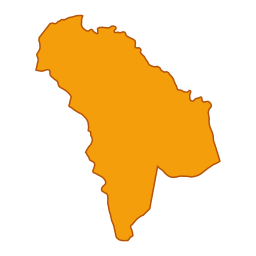 outline of La Fille, Micoud, Saint Lucia
{"feature_id": "8701671B6329691357439", "entity_name": "La Fille", "entity_type": "district", "adm_level": 2, "iso_a3": "LCA", "parent_name": "Saint Lucia", "parent_adm1": "Micoud", "projection": "mercator", "projection_center": [-60.934, 13.835], "detail": "fine", "context": "isolated", "style": "filled", "palette": "amber", "viewbox_px": 256, "rotation_deg": 0, "n_neighbors": 0, "source": "geoboundaries", "source_scale": "gbopen_adm2", "svg_char_len": 5665}
<svg xmlns="http://www.w3.org/2000/svg" viewBox="0 0 256 256"><path d="M88.2,130.6L90.7,132.1L90.7,135.2L91.8,137.3L92.4,139.7L92.2,140.9L91.1,143.9L90.2,145.2L88.7,146.8L87.9,148.2L86.4,150.6L85.6,152.5L86.6,153.5L87.5,155.6L88.5,156.7L89.1,158.1L89.3,158.9L89.9,160.1L90.2,160.4L92.2,161.3L92.9,161.7L93.5,162.1L93.8,162.4L94.2,162.9L94.4,163.4L94.6,163.9L94.7,164.4L94.7,165.3L94.5,166.1L94.2,166.9L93.8,168.5L92.9,170.6L92.9,171.1L93.0,171.9L93.2,172.3L93.6,172.7L94.9,173.1L97.0,174.1L97.7,174.6L101.4,176.6L102.4,177.2L103.1,177.8L104.0,178.8L104.4,179.3L105.2,180.5L105.4,181.1L105.6,181.7L105.7,182.6L105.6,183.0L105.5,183.7L105.3,184.2L104.7,184.8L103.9,185.5L103.1,186.2L102.4,187.1L102.0,187.8L101.7,188.2L101.6,188.6L101.5,189.6L101.6,190.2L101.8,190.7L102.0,191.0L102.6,191.4L103.3,191.8L104.7,192.7L105.4,193.0L106.7,193.8L107.1,194.2L107.3,194.6L107.5,195.0L107.8,196.9L107.9,197.7L107.9,200.9L107.7,202.5L107.8,203.3L108.6,207.1L109.0,209.8L109.6,212.1L109.8,212.5L110.0,213.2L110.2,213.7L110.6,215.3L110.8,216.6L111.4,218.9L111.5,219.8L111.6,220.3L111.8,220.8L112.5,222.3L113.0,223.6L113.9,226.3L115.0,231.4L115.5,233.4L115.6,234.3L116.2,236.7L116.5,237.4L117.1,238.1L118.5,239.3L119.3,239.8L121.8,240.5L122.9,240.6L124.0,240.6L126.0,240.6L126.8,240.5L127.6,240.6L128.4,240.0L129.0,239.3L129.6,238.4L130.1,237.4L132.8,235.8L132.8,235.5L132.6,233.1L132.2,231.3L131.0,228.2L130.5,226.3L131.0,225.3L132.5,224.3L135.6,220.4L138.4,217.8L141.1,216.0L143.2,215.2L143.8,214.6L146.0,212.4L149.7,208.8L157.7,165.7L157.9,166.6L159.1,167.9L161.8,169.8L163.7,171.5L165.1,173.3L167.5,175.3L169.2,176.4L171.6,177.2L173.2,177.3L176.1,177.1L179.2,176.3L181.2,176.1L188.2,176.4L191.5,177.0L194.7,176.4L198.0,175.4L201.0,173.7L207.9,168.3L213.4,164.6L217.4,162.8L219.2,161.6L219.9,161.0L215.5,146.6L213.5,140.7L213.4,139.9L213.5,139.3L213.3,138.1L213.2,136.2L213.0,135.2L212.7,133.9L211.6,130.8L210.6,128.5L210.1,127.3L209.9,126.5L209.7,126.2L209.5,125.7L209.5,124.7L209.2,123.4L209.0,121.9L209.0,120.9L209.2,119.2L209.2,118.2L209.0,117.7L208.8,115.9L208.3,113.5L208.3,113.1L208.3,112.3L208.5,111.0L209.4,108.7L210.6,107.5L210.9,107.1L211.3,106.1L211.3,105.4L211.0,104.5L210.7,103.8L210.4,103.3L210.1,102.9L209.7,102.4L209.1,102.0L208.3,101.6L207.6,101.4L206.3,101.6L205.4,101.8L204.6,101.9L203.8,102.0L203.4,101.9L202.9,101.6L202.4,101.1L202.1,100.6L201.7,98.0L201.4,97.2L201.1,97.1L200.5,97.1L198.7,97.9L195.8,98.7L194.9,99.2L194.4,99.8L194.0,100.5L193.5,101.0L193.0,101.1L192.4,101.1L191.9,101.0L191.2,100.7L190.7,100.4L190.5,100.2L190.1,99.5L189.8,98.7L189.7,95.5L189.7,94.9L190.6,92.5L190.7,91.7L190.7,91.4L190.5,90.9L190.2,90.6L189.8,90.5L189.5,90.5L189.1,90.7L188.1,91.6L187.7,91.9L186.9,92.2L186.4,92.2L185.4,92.1L183.8,91.7L183.0,91.3L181.6,90.5L180.9,90.2L180.2,90.0L179.6,90.1L179.0,90.1L178.0,89.6L177.5,89.3L177.2,88.7L176.6,86.7L176.1,85.4L175.4,84.3L174.9,83.0L174.4,82.0L173.8,80.7L173.5,79.3L173.2,78.8L173.0,78.3L172.4,77.6L171.6,76.5L171.0,75.8L169.9,74.7L169.0,73.5L168.6,72.9L168.1,72.5L166.4,71.7L165.8,71.8L165.1,72.1L164.8,72.2L163.9,71.9L162.8,71.3L162.2,71.0L160.9,70.0L160.6,69.4L160.3,68.5L159.7,67.7L159.1,67.3L157.6,66.5L156.5,66.5L155.9,66.7L154.6,66.9L153.7,66.7L151.7,66.0L150.0,65.2L149.2,64.7L148.9,64.3L148.3,63.4L148.0,62.6L147.3,61.4L146.8,60.9L146.3,60.1L145.4,58.6L144.3,56.9L144.0,56.3L143.4,55.7L142.6,55.1L141.9,54.3L140.6,53.0L140.5,52.5L140.5,52.2L140.9,50.8L140.9,50.5L140.9,50.0L140.6,49.2L140.4,48.9L139.2,47.9L138.8,47.7L138.3,47.8L137.8,47.9L137.1,47.9L136.6,47.9L135.9,47.7L135.4,47.4L135.1,47.0L135.0,46.5L135.1,45.9L135.2,45.2L135.4,44.1L135.4,43.1L135.4,42.6L135.0,40.7L134.7,40.4L133.6,39.6L133.1,39.2L131.4,38.5L129.5,37.5L128.2,36.9L127.1,36.2L126.1,35.2L125.5,33.4L125.3,32.9L124.8,32.4L124.5,32.1L123.9,31.9L122.0,32.1L120.4,32.8L119.9,32.7L119.3,32.7L117.9,32.2L117.3,32.3L116.6,32.5L115.0,32.5L114.5,32.3L114.3,31.8L114.2,31.2L114.4,30.6L114.5,30.3L114.9,29.8L115.4,29.4L115.8,29.0L116.0,28.5L116.0,28.1L115.9,27.4L115.4,26.9L114.7,26.5L114.0,26.2L113.2,26.1L112.5,26.1L111.5,26.3L110.7,26.8L109.6,27.5L109.1,27.8L108.5,27.9L106.5,27.8L103.7,27.5L103.0,27.4L102.4,27.3L101.7,27.3L100.4,27.5L99.7,27.5L98.9,27.7L98.4,28.0L97.9,28.4L97.5,29.0L97.5,29.6L97.7,30.4L97.8,32.2L97.8,32.7L97.6,33.3L97.0,33.7L96.7,33.6L94.0,31.9L93.1,31.1L92.7,30.2L91.9,29.6L91.2,29.4L90.8,29.5L89.9,30.0L89.5,30.4L89.0,30.7L88.2,31.1L87.8,31.1L87.1,30.9L85.9,30.4L85.4,30.0L85.0,29.9L84.5,29.4L83.8,28.9L83.3,28.4L82.9,27.9L81.9,26.5L81.5,25.1L81.3,24.0L81.5,23.1L81.6,22.7L81.6,20.0L81.8,18.5L82.2,17.3L82.4,16.8L82.8,16.0L82.7,15.9L81.5,15.4L80.8,15.5L77.5,15.6L74.3,16.3L72.8,16.9L71.6,17.1L69.3,17.5L66.9,18.5L64.5,19.8L61.5,19.6L60.0,20.7L59.6,21.2L58.0,21.5L56.9,22.9L56.1,23.4L55.3,23.7L53.3,23.4L52.6,23.1L50.1,23.6L39.2,37.6L38.9,40.4L39.7,42.8L40.0,45.7L40.0,48.1L39.5,49.7L38.0,52.4L36.8,54.3L36.9,55.5L38.0,58.3L38.3,60.1L37.5,63.2L36.7,67.4L36.1,69.1L36.1,70.3L38.4,70.6L40.1,71.0L41.8,71.1L42.8,71.0L44.6,70.5L45.4,70.1L46.4,69.8L47.3,69.7L48.1,69.7L49.0,70.0L49.6,70.4L49.8,70.8L49.9,71.9L50.0,73.4L50.2,75.0L50.7,75.8L51.5,76.7L52.9,77.8L53.8,78.7L56.0,80.3L56.6,80.7L57.1,81.2L57.6,81.8L57.8,82.4L58.0,83.2L58.6,85.4L58.7,85.8L59.1,86.4L59.9,87.1L60.9,87.8L61.9,88.3L63.0,88.9L65.6,90.5L67.1,91.7L67.9,92.4L69.1,93.6L70.3,95.1L71.0,96.5L71.2,96.9L71.1,97.7L70.7,98.6L70.4,99.8L69.4,104.1L69.2,104.6L69.0,105.2L68.9,105.6L69.0,106.0L69.4,106.5L70.1,107.0L71.0,107.4L71.9,108.0L74.3,110.0L77.8,112.1L78.7,112.7L79.8,113.1L81.3,113.9L82.2,114.6L84.2,116.5L85.3,117.7L86.0,118.4L86.8,119.5L87.7,121.4L88.0,122.2L88.2,123.3L88.6,126.9L88.5,128.3L88.2,130.6Z" fill="#f59e0b" stroke="#b45309" stroke-width="1.5"/></svg>